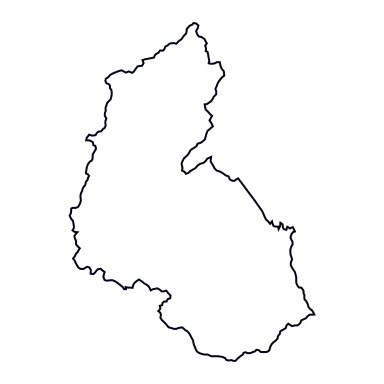 São José dos Campos, São Paulo, Brazil
{"feature_id": "56859067B71151444408433", "entity_name": "São José dos Campos", "entity_type": "district", "adm_level": 2, "iso_a3": "BRA", "parent_name": "Brazil", "parent_adm1": "São Paulo", "projection": "orthographic", "projection_center": [-45.928, -23.061], "detail": "fine", "context": "isolated", "style": "outline", "palette": "ink", "viewbox_px": 384, "rotation_deg": 0, "n_neighbors": 0, "source": "geoboundaries", "source_scale": "gbopen_adm2", "svg_char_len": 5130}
<svg xmlns="http://www.w3.org/2000/svg" viewBox="0 0 384 384"><path d="M105.8,78.7L105.4,81.0L106.3,83.2L108.8,84.2L110.0,85.6L110.0,88.2L111.4,90.0L111.7,92.3L111.7,94.5L111.2,97.3L110.6,99.3L108.7,101.3L107.0,103.3L106.4,105.4L105.5,108.1L105.7,110.9L104.9,113.1L104.8,115.9L106.4,118.5L105.5,120.8L105.3,122.8L105.7,125.6L104.7,127.9L103.0,129.0L101.2,131.3L98.9,131.6L97.0,132.7L95.5,135.2L92.1,135.6L89.2,134.7L86.7,137.9L86.2,140.3L88.6,140.3L90.8,140.9L92.8,142.2L93.3,145.0L95.3,145.9L96.0,148.7L94.5,151.5L92.7,154.4L92.6,158.6L91.6,160.7L89.9,161.6L88.0,164.1L86.9,166.9L86.3,170.4L85.9,173.4L87.9,174.3L89.1,175.9L88.0,177.8L87.6,179.8L86.0,181.7L85.2,185.0L83.0,187.8L82.1,190.8L81.0,193.3L80.4,195.9L80.6,198.2L80.9,200.4L80.1,203.3L78.2,206.9L75.3,208.0L73.1,207.8L71.2,208.5L71.2,210.7L71.0,212.9L69.7,215.8L71.3,219.0L73.0,220.9L73.7,225.0L74.0,227.8L72.5,230.3L74.4,231.8L77.4,232.2L76.0,233.6L74.4,236.0L74.9,238.6L76.2,241.2L75.9,244.2L77.6,246.2L79.8,248.3L78.6,250.2L77.7,252.0L76.0,253.7L74.8,256.3L73.1,258.6L74.8,260.8L75.6,262.8L76.7,264.7L78.0,267.2L80.2,268.8L83.3,269.0L87.1,266.8L89.3,267.4L90.9,270.0L90.6,273.7L93.4,274.1L94.9,272.7L96.1,271.1L97.9,269.2L100.8,268.8L102.4,270.4L104.7,272.1L103.9,274.3L103.4,276.9L104.5,279.9L106.5,280.7L108.4,280.5L112.1,280.1L115.1,281.3L117.6,283.0L120.1,285.0L122.7,287.0L124.1,289.2L125.9,289.2L125.7,287.1L127.7,287.6L130.0,287.6L132.6,287.8L133.2,285.0L134.7,282.7L136.7,281.1L138.9,279.5L142.2,281.7L144.7,283.7L146.5,284.6L148.4,286.1L149.8,288.3L150.7,290.4L152.9,289.2L154.8,288.9L157.0,288.3L159.4,289.4L161.7,291.4L164.3,291.3L166.3,290.6L167.8,292.6L170.5,295.6L170.2,298.3L167.9,299.0L166.5,301.5L164.3,301.5L162.6,302.8L162.1,305.2L159.8,305.8L160.4,308.7L158.3,311.1L160.2,312.6L160.9,314.8L160.4,317.6L161.8,320.0L164.4,322.4L166.3,324.5L168.6,327.3L171.6,328.1L173.9,328.9L176.2,328.9L179.2,327.8L182.1,327.4L183.7,328.6L185.1,330.0L187.5,331.4L189.3,333.6L190.5,335.6L191.5,337.7L193.1,340.5L193.5,343.2L194.1,345.2L195.1,347.7L196.2,350.3L197.6,352.1L199.9,353.3L203.4,354.4L205.7,354.6L207.8,354.5L209.9,355.7L211.8,356.3L214.5,356.2L218.4,356.3L222.3,356.9L225.0,358.0L226.4,360.0L228.6,360.5L231.2,360.1L233.4,360.8L235.3,361.0L237.5,358.7L240.4,356.2L242.8,354.6L243.6,352.8L245.7,352.3L247.4,353.1L250.4,353.1L253.0,352.0L255.0,351.4L256.3,349.8L258.8,350.2L260.7,352.0L263.5,352.0L266.7,352.0L269.0,350.7L269.9,348.5L270.5,346.3L271.7,344.2L273.4,342.3L275.7,340.6L277.4,338.8L278.2,335.7L279.7,334.1L280.3,331.3L282.7,329.9L285.7,328.2L286.6,325.3L288.3,323.7L290.4,325.2L292.1,326.1L294.8,325.4L297.4,325.4L299.1,324.3L300.5,322.6L301.3,320.3L304.1,319.1L306.0,318.2L307.6,316.2L309.8,314.7L311.7,314.7L314.3,314.6L313.5,312.7L311.9,310.2L310.0,308.9L308.5,307.0L307.5,303.6L306.1,300.9L304.6,299.5L304.3,297.5L304.4,295.2L303.5,293.0L303.5,290.6L301.4,287.7L299.0,287.5L297.7,286.0L296.4,283.3L296.2,280.7L296.3,277.7L295.6,274.5L294.9,272.0L293.7,270.3L292.6,268.6L291.6,266.9L290.7,265.0L290.9,262.1L292.1,259.6L291.6,257.6L290.8,255.5L290.4,252.8L290.3,250.2L291.1,247.1L292.7,244.0L292.4,241.5L291.4,239.8L290.5,237.6L291.4,234.3L292.9,232.2L294.9,231.5L294.0,229.6L292.8,227.1L289.9,228.4L287.4,226.8L286.3,229.8L283.8,229.2L282.9,227.3L282.6,224.3L280.4,222.8L280.1,226.1L278.6,229.1L278.1,226.6L275.5,226.6L273.6,226.0L272.6,223.7L272.0,221.4L270.1,223.8L268.2,221.5L265.9,219.4L264.5,216.4L263.4,213.8L262.3,211.3L254.9,200.8L238.1,178.3L236.4,179.4L234.3,180.9L231.9,180.6L229.8,179.4L228.6,176.4L225.7,175.4L223.1,173.4L220.0,171.6L216.6,170.5L214.7,168.6L213.4,166.0L212.3,164.3L210.6,161.3L211.1,156.9L209.0,157.9L207.3,158.7L205.5,161.2L203.3,162.9L200.3,163.8L197.8,165.3L195.5,168.1L192.8,169.6L190.3,171.1L188.4,172.9L186.0,173.8L184.4,171.7L182.0,170.6L182.5,168.1L182.0,165.9L181.6,163.6L182.5,161.1L183.9,158.4L185.6,156.9L187.6,155.0L189.2,152.7L190.4,150.4L191.9,149.1L194.5,147.6L196.5,146.1L197.6,143.7L200.7,142.8L202.7,141.4L205.0,139.3L205.5,137.1L206.2,134.5L207.5,131.0L210.4,128.5L212.9,126.3L211.3,123.0L209.5,120.4L211.0,117.7L212.1,115.9L210.1,114.2L208.0,111.7L205.8,109.7L205.0,106.9L204.6,104.4L206.9,104.1L208.8,102.8L211.1,101.3L212.5,99.2L213.8,96.7L216.1,94.4L216.3,91.4L215.4,89.0L216.7,86.0L217.8,83.0L219.2,80.8L221.0,78.5L222.6,76.8L224.2,75.7L224.1,73.4L223.7,71.0L221.6,68.7L220.4,65.5L219.8,62.2L216.9,62.2L214.0,63.6L211.1,63.8L208.7,63.3L209.3,61.0L208.7,58.2L208.2,54.8L207.5,51.8L205.8,51.2L206.0,48.3L205.2,45.6L206.8,43.3L205.7,41.5L204.5,39.1L201.3,36.9L198.9,36.6L197.1,34.1L196.1,31.1L197.7,28.4L198.4,25.5L196.1,23.5L193.5,23.0L192.3,24.6L189.9,25.6L188.1,27.4L186.7,29.1L186.7,31.1L186.0,33.6L184.0,35.6L182.8,37.2L181.2,39.5L179.4,40.6L177.8,42.1L176.2,43.8L174.1,43.1L171.9,43.2L169.6,43.6L167.9,45.3L165.4,46.5L164.6,48.6L163.1,50.6L160.1,50.5L158.4,52.8L156.6,53.7L155.0,55.0L153.9,57.6L151.0,58.1L148.0,58.8L144.9,59.3L142.5,60.2L143.6,63.1L142.0,65.8L139.5,66.0L137.4,66.5L135.9,68.6L133.8,71.6L132.2,72.8L128.7,71.4L126.0,72.6L124.2,71.7L121.5,70.3L118.2,71.3L115.5,72.3L112.1,73.8L109.9,75.2L108.2,77.3L105.8,78.7Z" fill="none" stroke="#020617" stroke-width="2"/></svg>